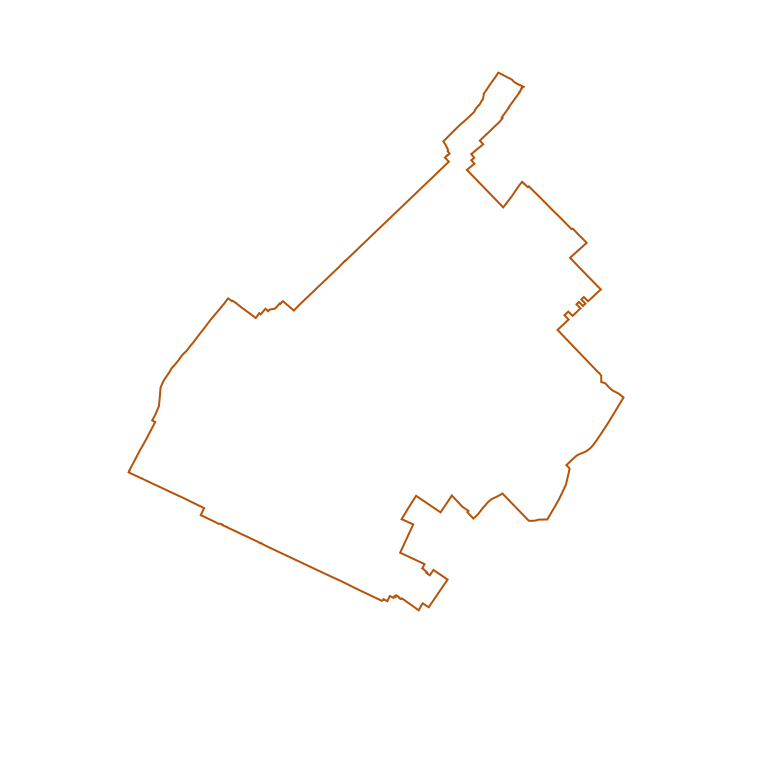 Delft, Zuid-Holland, Netherlands, rotated 241°
{"feature_id": "6326949B20459487982464", "entity_name": "Delft", "entity_type": "district", "adm_level": 2, "iso_a3": "NLD", "parent_name": "Netherlands", "parent_adm1": "Zuid-Holland", "projection": "albers", "projection_center": [4.365, 51.999], "detail": "fine", "context": "isolated", "style": "outline", "palette": "amber", "viewbox_px": 768, "rotation_deg": 241, "n_neighbors": 0, "source": "geoboundaries", "source_scale": "gbopen_adm2", "svg_char_len": 6034}
<svg xmlns="http://www.w3.org/2000/svg" viewBox="0 0 768 768"><g transform="rotate(241 384 384)"><path d="M600.9,635.0L600.0,633.1L599.2,631.7L597.8,629.0L595.8,624.5L594.7,622.3L591.3,615.7L590.6,614.2L589.7,612.2L589.3,611.8L588.3,611.3L587.6,610.7L586.7,609.8L585.2,608.6L585.0,608.4L584.8,608.2L584.7,607.9L584.3,606.5L582.9,604.5L582.4,603.6L582.1,602.9L581.5,600.9L581.3,600.3L580.6,598.7L580.3,598.0L580.0,597.4L579.6,596.4L578.5,595.4L577.4,591.6L575.4,583.7L573.9,576.6L573.1,573.5L572.2,570.2L571.4,567.2L571.0,565.8L569.4,560.4L568.7,558.2L568.4,556.9L567.8,554.9L567.4,553.5L563.2,553.8L562.8,553.8L562.1,553.8L561.6,553.7L560.1,553.6L559.7,553.5L558.9,553.6L558.5,553.7L558.2,553.6L557.9,553.6L557.7,553.5L557.5,553.4L557.3,553.1L557.1,552.8L556.8,552.5L555.9,552.7L555.1,552.8L554.3,553.0L553.7,553.0L553.1,550.3L553.4,550.2L552.5,547.1L547.0,548.5L533.9,498.9L533.0,495.5L520.9,449.4L510.4,409.7L510.7,409.6L508.1,401.1L504.8,388.5L501.6,376.4L500.8,373.2L498.0,362.6L493.9,347.0L491.9,340.8L505.3,335.8L505.5,335.5L504.3,332.2L505.0,332.0L503.2,326.5L502.9,325.6L502.8,325.3L504.5,320.1L503.8,318.0L507.3,316.8L504.7,310.0L506.4,309.2L503.9,303.8L508.5,301.8L519.8,296.6L522.6,295.4L524.0,294.9L525.3,294.3L526.7,293.8L530.3,291.8L530.3,291.1L532.1,290.3L532.8,290.0L534.4,289.2L533.9,287.6L533.5,286.7L532.9,285.5L531.7,283.1L531.0,281.0L529.5,277.5L529.0,275.9L525.9,267.9L524.6,264.3L524.2,263.4L524.1,263.2L520.2,254.4L517.5,247.9L515.4,243.1L512.5,236.7L512.2,235.8L511.8,234.5L510.3,231.0L509.0,228.2L508.6,227.3L507.8,223.8L507.1,221.6L505.9,218.8L504.0,214.9L503.1,212.6L501.7,209.0L501.4,208.0L501.5,207.9L500.5,205.4L499.9,204.5L498.8,202.8L494.8,194.9L493.5,192.5L491.0,189.2L489.2,186.9L488.9,186.6L485.5,184.4L479.7,180.5L474.9,177.2L474.3,176.8L474.0,176.6L473.7,176.3L473.1,175.6L468.8,170.1L467.8,168.7L464.5,163.6L461.7,165.5L450.2,148.0L445.6,140.6L445.4,140.1L431.8,119.3L431.6,119.5L430.5,117.8L424.7,122.0L417.7,127.1L412.3,131.0L411.8,131.4L411.5,131.6L408.1,134.0L403.6,137.3L393.3,144.7L381.3,153.5L379.5,154.8L377.4,156.2L375.8,157.3L362.7,166.5L358.1,160.1L354.9,162.5L346.7,168.3L342.9,170.9L341.5,172.0L341.2,173.1L340.9,173.4L339.3,174.6L338.9,174.2L337.6,175.2L335.4,177.1L335.3,176.9L333.1,178.4L327.6,182.5L326.4,183.3L324.2,184.9L320.5,187.5L319.4,188.4L316.4,190.6L312.5,193.3L309.5,195.5L308.3,196.4L307.0,197.3L305.9,197.9L304.7,198.5L304.8,199.2L303.6,199.8L302.4,200.4L300.2,201.9L296.7,204.4L292.5,207.4L272.8,221.6L254.7,234.6L240.5,244.9L238.4,246.5L235.6,248.6L233.9,249.8L232.8,250.6L225.8,255.5L224.4,256.4L217.2,261.4L216.7,261.8L200.3,273.5L196.0,276.6L195.5,276.9L195.3,278.2L196.0,279.2L195.0,280.0L194.5,280.3L192.4,281.6L195.7,286.3L193.3,288.0L192.3,288.6L193.1,289.8L192.4,290.2L193.2,291.2L192.5,291.5L193.1,292.3L192.1,293.1L190.6,293.5L189.8,293.9L189.6,293.6L189.3,293.5L188.9,293.7L188.0,294.4L187.6,294.7L187.6,295.5L187.7,295.8L185.0,297.1L169.2,304.7L172.3,309.3L173.4,311.6L167.1,314.8L170.8,322.3L180.6,341.7L182.1,344.8L197.4,337.1L194.5,331.3L198.2,329.5L198.4,330.3L201.9,329.0L202.7,329.0L204.2,328.0L204.3,328.2L204.2,328.3L206.9,332.1L228.6,316.3L247.0,341.5L257.3,333.9L260.7,340.0L261.0,340.6L261.3,341.0L262.5,343.1L262.9,343.7L264.6,346.8L268.3,353.5L270.3,357.3L270.6,357.9L270.3,358.0L266.6,359.9L259.2,363.7L253.4,366.6L248.4,369.2L244.3,371.2L245.4,373.3L251.1,384.5L253.6,389.3L238.8,393.0L232.0,396.3L231.5,394.8L223.0,396.9L223.4,398.4L223.5,399.4L224.0,401.3L224.3,402.2L224.5,403.0L225.8,406.1L226.1,406.8L226.7,408.1L227.2,409.2L227.7,410.3L229.1,414.8L229.4,415.4L229.5,415.6L230.0,416.9L230.3,417.9L230.6,419.1L231.0,421.5L231.0,421.9L231.0,425.0L230.9,425.3L230.8,427.3L230.7,430.8L230.6,431.1L230.8,434.5L222.9,436.6L194.3,444.3L192.9,446.4L190.9,450.8L190.5,453.3L189.0,456.1L187.6,458.9L186.3,461.1L195.8,477.1L197.6,479.9L198.3,481.2L199.1,482.3L207.3,493.7L207.9,494.5L208.5,495.0L219.8,505.2L220.5,505.2L220.8,505.2L221.8,505.0L224.6,504.2L226.4,510.9L227.6,516.0L228.0,518.0L228.0,519.9L227.5,523.8L227.2,527.3L227.2,528.9L227.4,530.8L227.7,532.8L228.3,534.7L228.9,536.6L230.0,539.0L231.4,542.1L236.2,551.5L240.5,559.7L243.4,564.9L246.1,569.6L256.1,587.0L259.3,585.6L260.3,585.2L261.5,584.7L262.0,584.5L266.4,581.5L267.1,581.0L267.8,580.7L269.1,580.2L270.3,579.7L271.3,579.4L273.3,578.8L277.0,578.0L277.3,577.8L277.6,577.6L278.2,577.2L278.9,576.4L280.4,575.0L285.9,578.0L288.7,577.7L289.5,577.5L289.9,577.1L298.4,574.9L303.1,573.6L308.2,572.3L321.7,568.7L345.0,562.6L347.1,562.0L347.7,564.0L349.0,569.4L350.9,576.7L356.7,575.2L358.0,580.3L352.2,581.9L352.9,585.1L353.2,586.1L353.8,588.4L354.4,590.4L354.9,592.5L360.4,591.0L360.7,592.1L361.0,593.3L361.2,594.3L359.3,594.8L355.8,595.8L356.6,599.1L362.3,597.5L363.2,600.9L357.5,602.5L358.0,605.1L358.1,605.5L358.5,606.9L359.6,611.2L359.8,612.1L360.6,615.3L360.8,616.3L361.3,618.4L361.5,619.5L361.9,619.4L364.0,618.8L378.4,614.8L386.6,612.6L404.2,607.9L409.2,629.7L411.9,629.0L417.0,627.5L421.9,626.1L423.9,625.6L425.3,625.3L428.2,624.5L428.4,624.4L428.4,624.1L428.4,623.8L428.4,623.5L428.4,623.4L428.5,623.2L428.9,623.0L441.5,619.5L445.8,618.3L453.7,615.9L462.3,613.5L469.4,611.5L478.7,608.8L481.7,607.9L486.7,606.5L486.4,605.3L487.1,605.0L487.8,604.7L488.2,604.6L490.3,604.1L491.3,603.7L491.2,603.6L492.6,603.2L493.9,602.8L493.8,602.5L493.5,601.9L493.0,600.5L491.7,597.6L490.2,594.5L487.1,588.5L486.0,586.2L484.9,583.8L480.7,573.9L531.1,560.3L532.8,569.8L537.4,568.9L538.1,572.6L542.8,571.8L543.3,574.5L544.1,578.7L544.6,581.4L545.0,584.0L545.3,585.1L545.6,587.0L550.4,585.8L557.4,612.7L559.1,616.6L560.0,616.1L565.3,627.5L565.6,627.3L565.7,627.5L573.5,644.3L573.8,644.1L575.5,647.5L575.9,647.3L576.8,649.1L576.1,649.8L576.2,650.2L581.2,646.6L582.8,645.6L583.3,645.3L583.5,645.1L583.7,644.9L584.1,644.7L584.4,644.5L584.6,644.4L585.0,644.3L586.0,643.9L586.8,643.8L587.6,643.6L587.8,643.6L588.4,643.3L588.9,643.0L590.5,642.0L591.5,641.2L592.8,640.3L593.4,639.9L594.0,639.5L594.6,639.2L596.2,638.1L598.3,636.7L600.9,635.0Z" fill="none" stroke="#b45309" stroke-width="2"/></g></svg>